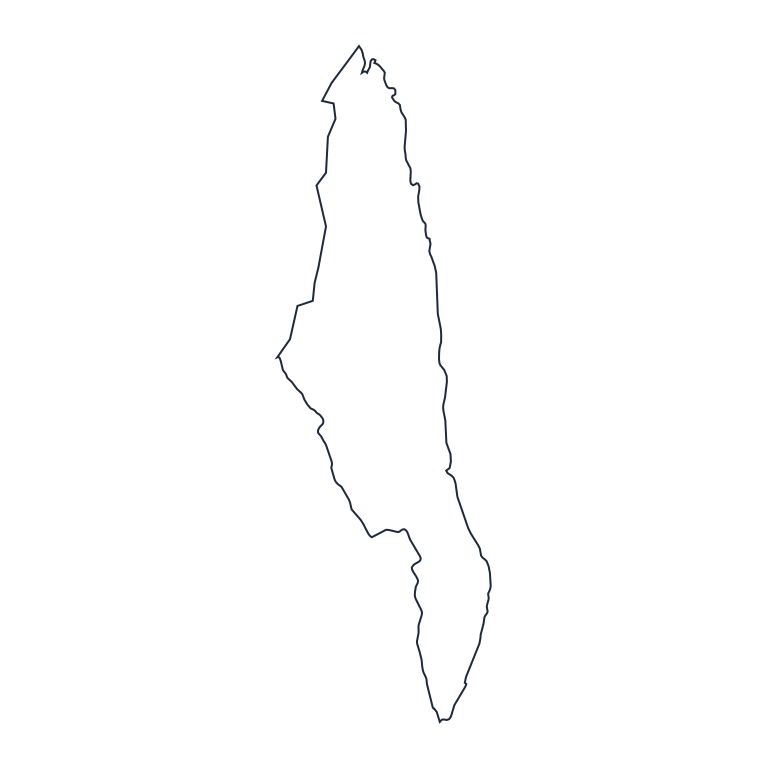 the Autonomous Province of Sava
{"feature_id": "MDG-5879", "entity_name": "Sava", "entity_type": "Autonomous Province", "adm_level": 1, "iso_a3": "MDG", "parent_name": "Madagascar", "parent_adm1": "", "projection": "equal_earth", "projection_center": [49.879, -14.33], "detail": "fine", "context": "isolated", "style": "outline", "palette": "slate", "viewbox_px": 768, "rotation_deg": 0, "n_neighbors": 0, "source": "natural_earth", "source_scale": "10m", "svg_char_len": 3805}
<svg xmlns="http://www.w3.org/2000/svg" viewBox="0 0 768 768"><path d="M359.0,46.1L361.7,50.2L362.8,53.8L363.2,56.4L364.7,60.8L365.0,63.0L364.6,65.6L362.7,70.1L361.9,72.8L363.3,71.8L364.6,71.5L365.9,71.7L367.1,72.8L368.0,70.5L369.0,68.8L369.9,66.9L370.6,61.3L371.8,59.5L373.4,59.1L375.5,60.2L374.8,62.2L374.4,63.0L376.4,63.7L378.5,65.0L380.3,66.8L384.1,71.4L384.8,72.8L384.1,78.0L384.3,79.8L386.3,85.3L387.7,87.4L389.6,88.3L391.7,88.1L393.8,88.3L395.3,89.9L395.4,94.0L394.3,95.1L392.6,95.7L392.0,97.3L394.2,100.9L396.3,102.4L398.3,103.3L399.9,105.0L400.5,109.2L401.4,112.2L404.9,117.7L405.7,119.7L406.0,130.7L404.6,147.2L404.8,150.3L405.5,154.4L405.7,157.7L406.2,160.3L410.4,168.3L410.8,171.8L410.3,180.6L410.9,183.6L413.0,185.2L414.9,184.5L416.5,183.3L418.1,183.6L419.5,186.6L419.3,190.1L418.1,197.0L418.4,202.5L420.6,214.5L422.4,220.0L423.0,221.1L424.8,223.0L425.5,224.1L425.7,225.7L425.4,229.4L425.5,231.1L426.1,235.4L426.5,236.8L426.9,237.6L427.4,238.0L428.0,238.3L428.6,238.4L429.5,238.7L429.7,239.5L429.7,240.6L430.1,241.8L430.5,244.1L429.3,251.0L430.1,254.3L431.3,256.6L434.8,266.3L436.2,273.0L437.8,313.8L440.8,328.9L441.2,334.8L441.1,342.1L439.6,347.8L439.2,351.5L439.0,358.7L439.4,362.9L440.4,365.3L444.2,369.9L446.7,376.0L446.9,381.9L445.0,397.5L443.5,403.8L443.1,407.0L443.4,410.6L445.3,420.3L446.4,442.9L450.5,454.1L450.9,461.5L449.6,468.1L446.2,470.6L447.6,473.1L451.7,475.8L453.5,477.6L454.6,480.2L455.6,483.8L457.4,496.8L468.2,528.2L471.0,533.8L478.3,545.5L479.9,548.8L481.1,555.7L482.7,557.8L484.7,559.3L486.6,561.2L488.6,566.2L489.9,572.8L490.7,585.9L490.6,587.1L489.7,590.3L488.2,593.5L488.2,594.9L488.5,596.3L488.7,598.4L488.5,599.8L487.1,604.7L486.8,606.7L487.1,608.7L487.5,610.5L487.6,611.8L486.9,613.4L485.1,615.9L484.5,617.2L483.4,624.3L480.7,634.5L480.4,638.3L479.4,643.7L466.0,677.0L464.8,682.8L466.3,684.0L465.3,686.7L454.4,705.1L450.9,716.6L449.2,719.1L446.7,720.0L444.3,719.5L442.0,719.6L439.8,721.9L436.7,711.9L434.2,708.6L433.8,708.7L432.8,707.6L426.9,683.9L426.6,680.2L426.3,678.6L425.7,677.0L424.4,674.3L423.5,672.4L422.7,669.5L422.2,666.2L421.6,659.9L419.6,651.7L417.2,644.0L417.0,642.5L417.0,641.2L418.5,633.3L418.6,632.1L418.5,626.9L418.6,625.7L418.8,624.5L421.6,615.5L421.8,614.4L422.0,613.2L421.9,612.0L421.2,609.9L415.8,599.1L415.1,597.1L414.9,595.9L414.8,594.6L415.0,592.1L415.7,587.4L416.0,586.4L417.7,582.9L417.9,581.9L418.1,580.7L417.4,578.8L416.1,576.3L413.0,571.5L412.0,569.2L411.8,567.5L412.8,566.0L413.3,565.3L413.8,564.8L414.8,564.0L418.7,561.8L419.3,561.3L419.9,560.7L420.4,560.0L420.7,559.0L420.6,557.9L420.2,556.7L410.1,539.6L407.3,532.1L406.2,530.6L405.6,530.0L404.8,529.5L404.0,529.2L402.6,529.5L401.6,530.0L399.4,531.6L398.6,532.0L396.9,531.9L389.5,530.1L387.2,529.8L385.6,529.9L384.9,530.4L372.5,536.9L371.7,537.2L370.2,536.1L368.4,533.8L365.1,527.6L363.7,524.6L360.7,519.9L351.6,509.4L350.0,502.4L349.0,499.8L341.6,487.0L340.2,485.8L338.9,485.0L337.3,483.6L335.7,481.7L335.0,480.3L334.5,479.1L331.6,469.0L331.3,468.0L331.4,467.0L331.9,464.9L332.0,463.8L331.9,462.8L331.7,461.7L326.2,445.5L325.2,443.4L323.8,441.3L321.0,436.2L318.4,433.3L318.0,432.1L318.0,431.0L318.2,430.0L319.0,428.2L319.5,427.4L320.6,426.1L322.5,424.3L323.0,423.4L323.3,422.2L323.3,420.2L322.9,419.1L322.4,418.1L320.2,415.3L319.6,414.7L317.4,413.3L316.7,412.8L315.0,410.8L314.4,410.2L312.9,409.4L311.2,408.7L310.5,408.2L307.4,404.6L304.5,399.8L302.6,394.9L302.1,393.9L301.5,393.2L297.1,389.1L291.7,381.9L287.5,378.0L286.9,376.6L286.0,374.3L285.2,373.0L284.0,371.6L283.3,370.6L282.8,369.6L280.9,361.6L279.8,358.2L278.8,357.2L278.0,357.0L277.3,357.3L290.0,339.2L297.5,305.9L312.8,300.8L314.6,282.9L318.4,267.5L326.0,226.5L316.5,185.5L326.0,172.7L327.9,136.8L335.5,118.8L333.6,103.5L322.1,100.9L331.6,82.9L345.0,65.0L359.0,46.1Z" fill="none" stroke="#1e293b" stroke-width="2"/></svg>